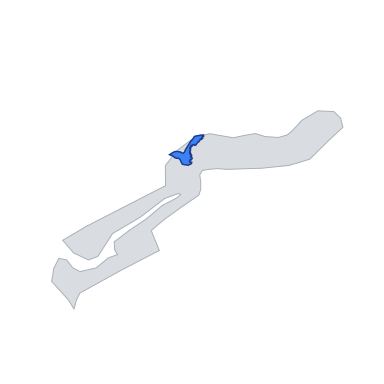 Upper Saloum, Central River, Gambia shown in context, rotated 332°
{"feature_id": "56634734B57962636272806", "entity_name": "Upper Saloum", "entity_type": "district", "adm_level": 2, "iso_a3": "GMB", "parent_name": "Gambia", "parent_adm1": "Central River", "projection": "robinson", "projection_center": [-15.147, 13.733], "detail": "fine", "context": "in_parent", "style": "filled", "palette": "blue", "viewbox_px": 384, "rotation_deg": 332, "n_neighbors": 0, "source": "geoboundaries", "source_scale": "gbopen_adm2", "svg_char_len": 4686}
<svg xmlns="http://www.w3.org/2000/svg" viewBox="0 0 384 384"><g transform="rotate(332 192 192)"><path d="M55.2,173.9L83.3,172.7L117.2,173.2L154.2,173.7L171.7,174.0L180.8,156.2L198.2,148.4L216.1,145.5L225.3,146.2L235.1,148.9L253.9,163.5L265.6,166.9L275.5,170.2L282.6,177.4L293.8,184.4L302.7,186.3L307.9,185.3L316.7,182.5L322.4,180.3L341.2,179.4L355.0,187.6L357.9,196.5L355.6,205.7L337.1,210.6L311.4,218.3L290.2,214.1L264.4,203.6L249.3,196.1L243.0,193.1L233.5,188.4L225.3,183.2L217.4,179.9L211.3,177.8L206.9,180.4L204.6,186.8L201.0,193.8L196.4,198.0L174.7,200.5L155.3,203.1L144.9,205.3L137.9,207.0L135.7,228.3L113.7,228.0L92.1,227.8L69.7,228.2L45.6,228.6L39.4,232.9L32.9,239.9L32.2,229.3L26.1,205.0L34.4,194.3L43.4,188.1L49.4,193.1L51.2,203.0L55.8,209.7L71.6,214.0L87.3,210.9L96.9,212.3L96.6,206.8L99.9,199.5L118.9,196.4L139.0,194.3L159.7,189.9L175.9,190.1L180.8,188.9L179.6,187.0L165.0,184.9L134.0,190.0L102.4,191.4L78.5,204.7L68.7,203.4L58.8,190.2L55.2,173.9Z" fill="#d9dde1" stroke="#a8b0b8" stroke-width="1"/><path d="M196.5,162.7L196.7,162.9L197.1,163.4L197.1,163.5L197.5,163.8L199.2,165.1L199.5,165.3L200.3,165.9L200.6,166.1L200.8,166.3L201.0,166.4L201.4,166.6L201.6,166.6L201.8,166.6L202.4,166.6L203.1,166.6L204.1,166.7L204.5,166.7L204.9,166.6L205.1,166.4L205.3,166.2L205.5,166.0L205.7,165.6L205.2,165.3L205.1,165.2L204.9,164.9L204.5,164.8L204.3,164.8L204.1,164.8L204.0,164.6L204.0,164.3L204.1,164.0L204.2,163.7L204.5,163.5L204.6,163.3L204.9,162.9L205.3,162.7L205.5,162.6L205.9,162.6L206.0,162.6L206.0,163.1L206.1,163.3L206.6,163.3L206.7,163.1L207.1,162.9L207.5,162.7L207.9,162.3L208.1,162.1L208.1,161.9L208.0,161.2L207.9,160.9L207.7,160.8L207.4,160.8L207.3,160.7L207.2,160.4L207.3,160.2L207.4,159.8L207.5,159.7L208.2,159.4L208.4,159.6L208.5,159.7L208.7,159.8L208.8,159.7L208.9,159.2L208.8,158.9L208.9,158.6L208.9,158.4L208.8,157.8L208.8,157.7L208.7,157.6L208.4,157.5L208.1,157.6L207.9,157.4L207.9,157.1L208.0,156.9L208.2,156.6L208.4,156.5L208.6,156.5L208.8,156.8L209.0,156.7L209.2,156.3L209.3,156.0L209.2,155.9L208.8,155.7L209.0,155.2L209.2,154.8L209.5,154.6L209.9,154.7L210.2,154.6L210.3,154.4L210.3,154.2L210.5,153.8L210.8,153.6L211.0,153.3L211.0,153.2L210.9,153.0L210.5,152.6L210.4,152.3L210.7,151.8L210.8,151.8L211.1,151.8L211.3,152.1L211.5,152.2L211.9,152.2L212.0,152.1L212.0,151.9L212.3,151.8L212.6,151.6L212.6,151.3L212.5,151.1L212.6,150.7L212.8,150.4L213.3,150.7L213.4,151.1L213.5,151.3L213.9,151.5L214.1,151.5L214.3,151.4L214.4,151.0L214.3,150.8L214.5,150.7L215.0,150.7L215.3,150.9L215.4,151.0L215.5,151.0L215.9,151.1L216.1,151.2L216.2,151.3L216.4,151.3L216.5,151.7L216.5,151.9L216.5,152.1L216.8,152.1L217.2,152.2L217.3,152.4L217.5,152.3L217.9,152.1L218.2,152.0L218.9,151.4L219.2,151.3L219.3,151.3L219.5,151.3L219.8,151.2L220.1,151.1L220.5,150.9L220.8,150.6L221.0,150.6L221.2,150.8L221.4,150.9L221.5,150.9L221.9,150.7L222.0,150.6L222.4,150.5L222.8,150.3L223.1,150.1L223.5,149.8L223.7,149.7L223.8,149.6L223.9,149.4L224.1,149.2L224.4,149.2L224.8,149.3L224.7,149.5L224.8,149.6L224.7,149.7L224.8,149.8L224.9,149.6L225.0,149.6L225.3,149.5L225.6,149.7L225.9,149.7L226.0,149.7L226.4,149.7L226.4,149.4L226.6,149.4L226.6,149.2L226.5,148.8L226.5,148.6L226.4,148.6L226.5,148.4L226.7,148.5L226.9,148.6L227.0,148.5L227.1,148.4L227.2,148.2L227.3,148.0L227.6,148.1L227.8,148.2L228.0,148.3L228.3,148.4L228.5,148.2L228.7,147.6L228.9,147.1L227.1,146.1L226.3,145.8L226.1,145.8L225.9,145.8L225.7,145.7L225.3,145.6L225.1,145.5L224.8,145.4L224.5,145.3L223.9,145.1L223.5,145.0L222.8,144.7L221.5,144.4L221.3,144.4L221.1,144.3L220.9,144.2L220.7,144.2L220.4,144.1L220.2,144.1L219.9,144.3L219.5,144.6L219.3,144.6L219.0,144.8L218.4,145.1L218.2,145.2L217.8,145.4L217.6,145.5L217.0,145.8L216.8,145.9L216.7,145.9L216.4,146.0L216.2,146.1L215.7,146.3L215.0,146.5L214.5,146.7L214.3,146.9L214.0,147.1L213.8,147.1L213.5,147.3L213.3,147.4L213.2,147.5L212.7,147.7L212.4,147.9L212.1,148.1L211.8,148.3L211.0,148.7L209.9,149.4L208.4,150.2L207.1,151.0L206.8,151.2L206.3,151.5L205.9,151.7L205.9,151.8L204.7,152.7L204.6,152.8L204.0,153.3L203.2,153.4L202.9,153.4L202.8,153.5L202.3,153.5L201.7,153.3L201.4,152.6L201.3,152.3L200.7,151.6L200.6,151.3L200.4,151.3L200.1,151.0L199.9,150.8L199.6,150.5L199.2,150.2L198.8,149.8L197.9,149.3L197.7,149.1L197.1,148.8L196.9,148.7L195.8,148.3L195.5,148.2L193.8,148.2L192.9,148.2L191.5,148.3L191.0,148.4L190.4,148.4L189.7,148.5L190.4,149.4L192.3,151.7L192.4,151.8L192.4,152.0L192.5,152.2L192.6,152.6L192.8,153.2L193.0,153.6L193.1,153.8L193.2,154.0L193.4,154.2L193.9,154.6L194.1,154.8L194.5,155.2L195.6,155.7L196.0,156.1L196.2,156.4L196.7,157.7L196.7,158.2L196.6,158.5L196.6,159.7L196.5,160.9L196.5,162.0L196.5,162.7Z" fill="#3b82f6" stroke="#1e3a8a" stroke-width="1.5"/></g></svg>